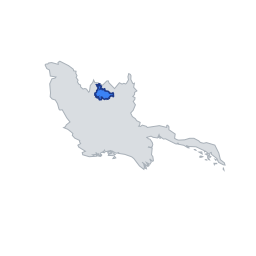 Lashio, Shan, Myanmar shown in context, rotated 302°
{"feature_id": "60261553B9019752921327", "entity_name": "Lashio", "entity_type": "district", "adm_level": 2, "iso_a3": "MMR", "parent_name": "Myanmar", "parent_adm1": "Shan", "projection": "orthographic", "projection_center": [98.2, 22.767], "detail": "fine", "context": "in_parent", "style": "filled", "palette": "blue", "viewbox_px": 256, "rotation_deg": 302, "n_neighbors": 0, "source": "geoboundaries", "source_scale": "gbopen_adm2", "svg_char_len": 7175}
<svg xmlns="http://www.w3.org/2000/svg" viewBox="0 0 256 256"><g transform="rotate(302 128 128)"><path d="M164.2,115.9L161.7,114.7L160.0,115.8L157.2,115.4L157.5,117.8L156.0,118.6L153.2,118.4L151.6,122.0L145.8,123.0L142.1,122.3L140.0,125.6L139.8,129.2L138.8,131.5L139.2,135.3L136.7,136.3L135.2,136.1L136.0,137.8L138.0,138.6L139.1,142.6L138.7,144.1L146.6,153.3L149.0,160.5L150.8,159.5L151.4,160.2L150.7,162.1L148.2,163.6L147.9,171.2L143.9,173.0L144.0,175.5L144.5,177.3L148.0,182.3L152.0,185.8L154.2,189.4L154.6,194.8L154.1,197.0L155.1,200.2L157.2,202.3L159.5,210.7L154.9,218.2L150.1,223.1L149.5,228.2L148.0,229.9L147.3,228.3L146.9,222.9L149.2,219.5L149.9,212.9L151.4,211.5L150.6,210.8L148.8,211.3L149.4,205.9L148.4,205.7L149.2,204.6L148.1,195.6L144.5,189.3L144.0,186.6L143.5,190.2L143.0,189.5L142.9,184.5L140.9,179.1L141.1,178.6L142.0,179.1L141.2,177.9L140.4,178.1L139.8,176.8L138.7,165.5L137.4,163.9L137.9,159.0L138.9,157.8L135.2,158.3L133.4,154.2L133.3,151.9L129.6,148.5L130.2,149.6L129.6,150.7L130.2,152.6L128.6,156.2L127.1,157.8L125.0,158.4L123.4,157.4L123.1,155.5L122.5,155.5L123.9,159.1L117.8,162.1L116.9,164.2L113.7,166.9L112.8,166.6L113.3,162.8L111.5,165.8L108.9,165.8L108.5,161.7L107.4,164.0L105.9,164.8L106.5,158.0L106.1,160.0L103.6,162.6L101.3,163.4L101.9,157.8L105.2,149.1L105.5,146.2L103.9,139.1L101.3,133.1L102.1,133.0L100.3,131.3L100.1,126.9L99.0,128.4L98.8,131.2L96.5,129.7L94.3,125.8L95.3,125.5L97.8,127.4L99.3,126.4L99.7,125.1L95.7,121.3L96.8,119.8L95.4,119.8L92.0,117.9L91.0,118.2L91.4,119.8L90.7,120.2L89.4,117.7L90.4,116.6L89.6,116.5L90.2,114.4L89.9,114.0L88.2,116.8L87.3,116.1L88.4,114.7L88.0,113.9L86.5,112.1L86.6,115.2L83.1,110.3L81.3,103.8L82.9,102.2L85.7,104.2L85.7,96.3L86.9,94.6L89.7,96.1L90.6,94.2L91.8,93.7L91.2,88.2L92.2,84.7L94.1,84.2L94.6,81.3L95.0,77.5L94.2,73.2L95.9,74.3L97.9,74.0L102.4,75.6L104.2,70.6L108.6,62.6L107.1,60.7L107.4,59.5L111.2,55.4L113.2,51.6L112.4,48.2L113.3,45.4L116.7,43.7L124.0,38.2L129.4,37.4L131.6,39.7L133.1,39.9L130.9,34.6L135.5,30.7L135.4,27.6L137.5,24.3L138.7,24.5L139.8,26.1L140.9,26.1L143.0,28.5L145.0,35.1L146.5,33.9L148.5,34.8L149.4,44.6L148.9,50.3L147.7,51.6L148.6,53.9L146.7,54.7L145.4,57.0L143.4,57.2L142.1,60.3L140.2,60.7L139.1,63.2L139.3,65.0L137.7,66.1L137.2,69.2L138.6,70.5L139.0,72.2L137.5,75.7L138.7,75.9L144.1,73.5L147.9,74.0L150.5,73.4L148.9,75.8L150.5,78.9L150.8,83.8L156.6,85.1L157.5,86.3L156.2,87.9L154.3,95.7L161.8,96.7L162.1,99.7L163.7,100.8L164.0,102.5L165.0,103.0L169.1,102.9L171.4,100.8L174.5,99.8L174.7,101.5L174.0,102.8L170.7,104.6L168.4,108.2L168.3,109.0L169.4,109.7L165.5,111.2L164.2,115.9ZM96.7,123.7L99.1,125.3L98.6,126.3L97.1,126.4L96.0,124.4L96.7,123.7ZM145.2,200.9L146.8,203.2L145.3,204.7L145.2,200.9ZM96.2,133.5L95.0,132.6L94.1,131.4L96.9,131.5L96.2,133.5ZM147.6,210.5L147.6,213.5L146.6,213.2L145.9,210.7L147.6,210.5ZM104.9,163.5L103.2,165.3L103.0,163.7L105.3,161.4L104.9,163.5ZM137.3,161.3L136.3,160.7L136.2,159.0L136.9,158.5L137.6,159.4L137.3,161.3ZM144.2,214.1L144.0,213.2L145.1,210.8L144.9,212.9L144.2,214.1ZM143.6,219.6L145.0,221.8L144.8,222.2L143.5,220.5L142.7,220.6L143.6,219.6ZM148.5,208.9L147.0,209.5L146.9,207.5L148.5,208.9ZM145.0,229.8L143.1,231.7L143.4,230.6L145.0,229.8ZM89.0,118.0L89.6,120.5L88.5,117.6L89.0,118.0ZM145.3,196.3L145.2,198.1L144.7,195.2L145.3,196.3ZM94.5,119.9L94.7,121.5L93.7,119.3L94.5,119.9ZM143.3,206.7L142.2,205.8L142.6,205.2L143.2,205.3L143.3,206.7ZM142.5,204.1L141.8,205.3L141.2,204.6L141.7,204.1L142.5,204.1ZM142.7,211.3L142.7,212.4L141.9,209.9L142.7,211.3ZM107.5,165.7L106.7,165.7L107.7,164.5L107.8,164.9L107.5,165.7ZM147.8,219.8L147.1,219.6L147.6,218.4L147.8,219.8Z" fill="#d9dde1" stroke="#a8b0b8" stroke-width="1"/><path d="M138.4,82.6L138.5,82.9L138.7,83.4L138.7,83.5L138.8,83.5L138.7,83.7L138.7,83.8L138.6,83.6L138.3,83.7L138.3,83.8L138.0,83.8L137.9,83.8L137.7,83.9L137.5,84.0L137.8,84.2L137.9,84.4L138.1,84.4L138.2,84.5L138.2,84.9L137.8,85.0L137.7,85.4L137.4,85.3L137.2,85.4L137.2,85.5L137.3,85.7L137.5,85.8L137.5,86.0L137.8,86.1L138.0,85.9L138.3,86.1L138.2,86.1L138.1,86.3L138.2,86.2L138.2,86.3L138.1,86.5L137.9,86.6L138.0,86.8L137.9,86.8L138.0,86.8L137.9,87.0L137.7,87.0L137.8,87.2L137.9,87.3L137.9,87.5L137.7,87.8L137.5,88.0L137.3,88.2L137.1,88.3L137.3,88.5L137.1,88.7L137.0,88.9L137.0,89.0L136.9,89.1L137.0,89.3L137.3,89.4L137.5,89.4L137.6,89.5L137.6,89.8L137.8,90.1L137.9,90.3L138.2,90.2L138.3,90.2L138.9,90.1L139.0,90.1L139.3,89.8L139.4,89.7L139.5,89.7L139.8,89.5L139.8,89.4L139.8,89.2L140.0,89.0L140.3,89.3L140.3,89.6L140.3,89.8L140.2,89.8L140.2,90.0L140.1,90.4L139.7,91.0L139.8,91.3L139.8,91.5L139.8,91.8L139.7,91.8L139.7,92.0L139.8,92.2L139.9,92.5L139.9,92.8L139.9,93.1L140.3,93.3L140.5,93.4L141.0,93.6L141.3,93.7L141.3,93.9L141.2,94.0L141.5,94.3L141.6,94.8L141.6,95.0L141.8,95.0L141.9,95.3L142.0,95.2L142.1,95.3L142.1,95.5L141.9,95.5L142.0,95.6L141.9,95.6L142.1,95.8L142.4,95.6L142.6,95.6L142.8,95.6L143.0,95.6L143.4,95.9L143.4,96.1L143.5,96.2L143.5,96.4L143.8,96.3L144.0,96.0L144.3,96.0L144.8,95.9L145.0,95.9L145.4,96.2L145.5,96.2L145.6,96.4L145.9,96.4L146.3,96.3L146.4,96.6L146.2,96.7L146.4,96.9L146.4,97.0L146.5,97.2L146.6,97.3L146.8,97.4L147.0,97.6L146.9,97.9L146.9,98.0L147.0,98.2L146.9,98.4L146.8,98.6L146.7,98.7L146.7,98.8L146.8,98.9L147.0,98.8L147.2,98.7L147.3,98.8L147.4,98.7L147.6,98.7L148.0,98.3L148.1,98.2L148.6,97.9L148.8,97.8L148.9,97.7L149.1,97.6L149.3,97.4L149.5,97.3L149.5,97.0L149.5,96.9L149.4,96.8L149.7,96.8L149.8,96.8L149.9,96.6L149.3,96.3L148.9,96.1L148.6,95.8L148.6,95.6L148.4,95.4L148.3,95.2L148.1,94.8L148.0,94.6L147.8,94.3L147.8,93.8L148.0,93.7L147.9,93.6L148.0,93.4L148.1,93.2L148.2,92.9L148.3,92.8L148.3,92.7L148.4,92.3L148.6,92.2L148.5,91.5L148.3,91.3L148.3,91.0L148.0,90.4L147.9,90.1L147.7,90.0L147.7,89.6L147.5,89.4L147.6,89.1L147.3,88.6L147.5,88.3L147.6,88.1L147.8,88.0L147.8,87.9L148.0,87.9L148.2,88.0L148.6,87.9L148.6,87.7L148.8,87.5L148.8,87.2L147.9,86.7L147.7,86.4L147.4,86.4L147.4,86.5L147.2,86.4L147.2,86.2L146.9,85.7L147.1,85.5L147.4,85.4L147.7,85.2L147.7,84.9L147.4,84.7L147.3,84.4L147.2,84.4L146.8,84.2L146.7,84.1L146.4,83.9L146.5,83.9L146.6,83.7L146.8,83.8L146.7,83.7L146.8,83.6L147.0,83.6L147.3,83.7L147.2,83.6L147.8,83.4L148.1,83.4L148.3,83.5L148.6,83.5L148.8,83.5L149.1,83.2L149.3,83.3L149.4,83.2L149.4,82.6L149.3,82.1L149.2,82.0L149.4,81.9L149.3,81.7L149.2,81.8L149.2,81.7L148.9,81.5L148.9,81.4L149.0,81.3L149.0,81.2L149.3,81.1L149.5,81.0L149.7,80.8L150.2,80.7L150.4,80.6L150.2,80.3L150.0,80.2L149.9,80.1L149.9,79.9L149.7,79.9L149.4,80.0L149.2,80.3L148.9,80.4L148.8,80.5L148.7,80.5L148.2,80.8L148.1,80.7L147.9,80.6L147.9,80.4L148.0,80.3L148.1,80.2L148.3,79.7L148.5,79.6L148.6,79.4L148.5,79.0L148.3,78.7L148.1,78.3L148.0,78.2L147.9,78.4L147.9,78.5L147.6,79.0L147.4,79.2L147.3,79.3L147.2,79.6L146.9,79.8L146.7,80.4L146.8,80.7L146.8,80.9L146.7,81.0L146.4,81.2L146.3,81.5L145.8,81.7L145.6,81.7L145.5,81.8L145.4,81.7L145.2,81.6L144.7,81.7L144.2,81.8L143.9,82.0L143.6,81.9L143.4,81.8L143.2,81.6L142.3,82.1L142.1,82.2L141.9,82.2L141.6,82.2L141.4,82.3L141.3,82.2L140.9,82.2L140.6,82.0L140.4,81.8L140.3,81.6L140.0,81.5L139.8,81.6L139.7,81.6L139.5,81.8L139.4,81.9L139.3,82.0L139.1,82.0L138.9,82.1L139.0,82.3L138.9,82.6L138.4,82.6Z" fill="#3b82f6" stroke="#1e3a8a" stroke-width="1.5"/></g></svg>